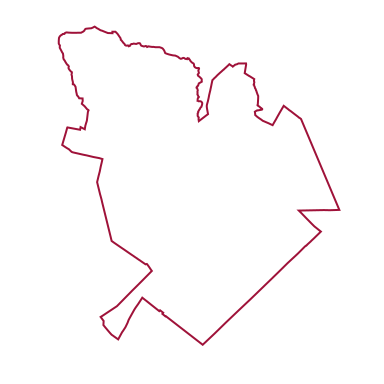 Zapotlán de Juárez, Hidalgo, Mexico (orthographic projection), rotated 6°
{"feature_id": "50627088B44175413136073", "entity_name": "Zapotlán de Juárez", "entity_type": "district", "adm_level": 2, "iso_a3": "MEX", "parent_name": "Mexico", "parent_adm1": "Hidalgo", "projection": "orthographic", "projection_center": [-98.863, 19.987], "detail": "fine", "context": "isolated", "style": "outline", "palette": "rose", "viewbox_px": 384, "rotation_deg": 6, "n_neighbors": 0, "source": "geoboundaries", "source_scale": "gbopen_adm2", "svg_char_len": 5679}
<svg xmlns="http://www.w3.org/2000/svg" viewBox="0 0 384 384"><g transform="rotate(6 192 192)"><path d="M247.8,89.6L246.9,88.0L246.3,86.7L245.9,85.9L245.6,85.1L245.4,84.7L245.0,84.2L244.9,83.9L244.8,83.5L244.4,82.8L244.1,82.4L243.8,82.1L243.7,81.9L243.6,81.4L243.5,81.1L243.3,80.7L243.1,80.5L242.7,79.6L242.5,79.1L242.5,78.9L242.1,78.8L242.1,78.7L242.4,77.4L242.4,77.1L242.5,76.5L242.5,76.2L242.2,75.7L242.1,75.2L242.0,74.8L242.0,74.3L242.1,73.2L237.0,70.7L236.8,70.7L236.6,70.6L232.4,68.5L232.0,68.3L232.5,59.9L232.5,59.5L232.3,58.5L231.1,58.6L230.0,58.8L225.8,59.2L224.8,59.3L224.0,59.8L223.3,60.3L222.6,60.5L222.3,60.6L221.4,61.0L221.0,61.6L220.1,62.3L219.5,63.0L219.3,62.8L217.8,62.1L216.6,61.4L215.8,61.0L215.7,61.2L212.4,65.0L211.3,66.2L210.8,66.9L210.3,67.3L208.7,69.1L207.4,70.5L205.1,73.1L203.4,75.3L202.2,76.6L201.4,77.7L200.6,78.6L200.2,82.5L200.0,84.7L199.6,88.4L199.6,88.7L199.6,88.8L199.4,90.1L199.0,93.3L198.9,93.9L198.9,94.3L198.7,96.7L198.6,97.6L198.3,100.2L198.0,101.9L197.8,103.2L197.7,103.8L197.7,105.0L197.8,105.7L198.1,107.1L199.8,112.9L197.6,114.9L197.0,115.5L191.4,120.8L190.9,118.9L190.9,117.1L189.9,116.2L189.6,115.3L189.7,114.7L189.5,114.2L189.4,113.6L189.5,113.0L189.8,112.6L189.9,112.1L189.7,111.6L190.6,109.5L190.8,109.0L191.2,108.6L191.4,107.9L191.6,107.2L192.0,106.8L192.4,106.4L192.7,105.0L192.9,104.1L192.9,103.0L192.9,102.5L192.5,101.8L191.8,101.2L191.1,100.9L190.1,100.9L189.2,101.1L188.3,100.7L188.0,100.7L188.0,99.8L187.9,99.1L188.0,98.5L188.1,97.9L188.6,97.4L188.9,96.8L188.4,96.4L187.9,95.6L187.9,95.2L187.4,94.8L187.1,94.1L187.2,93.5L187.2,93.1L187.1,92.3L186.9,91.9L187.0,91.1L187.1,90.2L186.8,89.5L186.3,88.4L185.6,87.9L185.6,87.4L185.9,86.9L186.5,86.4L186.5,85.8L187.0,85.4L187.4,83.3L190.2,81.3L190.0,80.1L189.9,79.0L189.6,78.4L187.7,76.9L186.9,76.3L186.3,76.1L185.7,75.4L185.4,74.6L185.6,74.2L186.0,73.7L186.3,73.3L186.4,72.7L186.0,71.8L185.6,70.5L185.8,69.9L186.0,69.1L186.1,68.4L185.8,68.0L185.3,68.0L184.0,68.3L183.2,68.2L182.7,68.0L182.1,67.7L181.7,67.5L181.0,66.6L180.7,65.4L180.7,65.1L180.2,64.1L178.7,63.4L178.1,63.0L176.7,61.8L176.2,61.0L174.8,59.5L174.0,60.2L173.4,59.5L172.4,60.4L171.2,60.2L170.4,59.7L169.8,59.5L169.1,59.6L168.5,59.9L167.9,60.4L166.9,60.7L165.6,60.2L163.9,59.0L161.2,58.1L158.6,58.1L156.1,57.8L154.7,57.6L151.9,57.0L150.8,56.6L150.1,55.2L149.4,54.0L148.0,52.5L146.9,51.9L144.6,51.4L140.5,51.8L138.1,51.7L137.4,51.9L134.8,51.8L133.9,51.7L133.2,51.7L132.8,52.2L132.2,52.5L131.8,52.1L130.9,51.6L129.8,52.0L129.0,52.3L127.7,52.1L126.3,51.8L125.9,51.4L125.4,50.7L125.0,50.0L124.5,49.5L123.6,49.5L122.2,49.9L121.4,50.5L120.7,50.6L118.5,50.5L117.4,51.0L116.4,51.1L115.4,51.9L115.2,52.9L113.9,53.7L113.5,53.3L113.0,52.9L112.2,53.2L111.4,53.3L110.7,53.2L110.0,52.8L109.3,51.7L108.3,51.0L106.8,49.4L106.0,48.6L105.3,48.1L105.3,47.9L104.8,46.5L101.4,42.5L99.1,40.6L96.1,40.9L96.3,42.4L91.6,42.7L91.1,42.5L90.6,42.4L87.1,41.4L86.1,41.1L85.3,40.9L84.5,40.8L83.4,40.4L81.8,39.6L80.2,39.0L78.9,38.2L77.9,37.7L77.1,38.2L76.3,38.8L74.7,39.7L72.4,40.1L70.0,40.6L69.3,40.8L68.8,41.2L68.5,41.6L68.0,42.9L67.5,43.3L67.1,43.8L65.0,45.2L56.3,46.2L52.5,46.4L50.6,46.4L49.8,46.7L48.8,47.4L48.6,48.1L46.9,48.4L46.2,49.2L45.3,49.8L44.2,51.1L43.6,52.7L43.7,55.8L44.0,58.4L44.6,59.3L45.3,60.0L45.3,61.0L45.4,62.4L47.3,65.2L48.2,66.6L49.2,67.8L49.8,70.2L49.9,71.9L50.6,73.6L51.5,74.4L52.6,76.0L53.7,77.4L54.7,78.5L55.7,79.0L56.4,80.1L56.2,81.1L56.4,82.1L57.2,83.1L58.3,84.2L59.1,84.9L60.0,85.4L60.1,86.1L59.9,87.9L60.5,89.2L60.9,91.8L61.3,93.1L61.9,94.7L62.2,95.9L62.1,96.8L62.2,97.3L63.4,97.4L64.4,98.5L65.2,99.6L66.4,104.5L66.8,105.6L67.2,106.8L67.3,107.4L67.8,108.1L68.9,109.0L69.3,109.6L70.0,110.6L73.4,110.4L73.8,112.9L73.2,115.8L76.2,117.9L79.1,120.7L80.0,121.1L80.5,121.4L80.6,121.6L80.4,122.1L80.2,122.8L80.1,123.3L80.0,131.9L79.7,133.6L79.5,134.4L79.3,135.6L79.0,137.2L78.8,140.8L74.4,139.1L74.2,141.8L61.3,140.8L61.2,141.0L60.3,146.4L58.0,158.8L61.2,160.5L63.8,161.8L64.9,162.2L68.1,164.7L69.3,165.0L70.8,165.2L80.1,166.3L83.4,166.6L90.3,167.5L96.4,168.0L96.8,168.1L99.5,168.6L99.1,172.2L98.6,176.0L98.1,181.3L97.4,185.9L97.1,188.3L96.6,192.1L100.4,202.7L100.9,204.1L101.4,205.3L102.8,208.9L103.4,210.7L103.6,211.3L115.6,244.6L117.2,249.1L120.0,250.7L153.4,268.8L154.6,268.3L155.0,268.6L157.4,271.3L159.3,273.6L160.3,274.7L156.4,279.6L147.7,290.4L142.8,296.4L129.3,313.4L116.0,324.4L114.2,325.8L117.6,329.5L117.8,333.6L120.3,336.1L125.0,340.6L126.9,342.3L134.0,346.3L137.1,338.8L137.9,337.4L139.9,333.5L141.6,328.8L142.3,326.0L143.1,324.0L146.9,315.1L148.0,312.9L150.2,309.0L152.7,304.1L153.6,302.3L171.9,313.9L172.6,313.0L176.0,315.1L175.3,316.3L178.6,318.5L178.9,318.2L218.6,342.8L229.2,330.5L239.4,318.2L250.9,304.7L261.8,292.0L269.6,282.7L286.0,263.1L294.7,252.5L303.8,242.1L310.0,234.4L310.9,233.5L311.2,233.5L312.0,232.5L312.0,232.4L315.3,228.7L315.9,227.9L318.0,225.5L324.3,217.9L317.3,213.4L314.3,211.0L308.5,206.2L302.3,201.0L300.2,199.3L325.0,196.2L331.0,195.7L340.4,194.4L292.8,108.0L291.5,107.2L291.0,107.0L290.3,106.7L290.1,106.4L285.5,103.6L281.3,101.0L280.4,100.6L279.1,99.7L274.2,96.7L270.8,104.2L270.6,104.7L268.9,108.6L268.0,110.8L266.1,115.0L265.2,117.1L262.8,116.3L261.2,115.7L257.6,114.6L256.7,114.3L255.0,113.8L253.0,112.6L250.7,111.4L248.7,110.2L246.8,108.8L246.7,107.9L246.1,105.6L246.9,105.0L247.9,104.2L248.4,104.0L248.5,104.1L252.9,102.8L253.1,102.6L253.2,102.2L253.0,101.9L252.8,101.9L252.7,101.9L252.5,102.1L252.4,102.1L252.2,102.0L252.0,101.3L251.9,101.2L251.1,100.9L250.9,100.6L250.4,100.3L250.3,100.2L250.0,100.0L249.7,99.9L249.4,99.7L249.1,99.5L248.8,99.3L248.6,99.3L248.3,99.2L248.1,99.0L248.1,98.4L248.3,98.1L248.0,91.8L247.8,89.6Z" fill="none" stroke="#9f1239" stroke-width="2"/></g></svg>